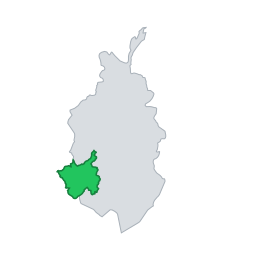 Hirat highlighted on a map of Afghanistan, rotated 310°
{"feature_id": "AFG-1742", "entity_name": "Hirat", "entity_type": "Province", "adm_level": 1, "iso_a3": "AFG", "parent_name": "Afghanistan", "parent_adm1": "", "projection": "natural_earth1", "projection_center": [62.522, 34.206], "detail": "fine", "context": "in_parent", "style": "filled", "palette": "green", "viewbox_px": 256, "rotation_deg": 310, "n_neighbors": 0, "source": "natural_earth", "source_scale": "10m", "svg_char_len": 8123}
<svg xmlns="http://www.w3.org/2000/svg" viewBox="0 0 256 256"><g transform="rotate(310 128 128)"><path d="M113.2,75.5L117.5,75.1L120.5,75.7L122.1,77.2L123.6,77.6L125.1,76.8L126.1,76.7L126.4,77.2L127.2,77.4L128.3,77.3L129.0,77.7L129.1,78.6L130.0,79.8L131.5,81.2L132.9,81.6L134.7,80.5L135.3,80.6L135.6,80.2L135.7,79.4L136.8,78.7L138.7,78.0L139.8,77.4L140.2,76.8L140.9,76.7L141.6,76.8L142.1,76.6L142.5,75.9L143.2,75.7L143.8,75.8L146.5,78.4L147.6,79.1L148.1,79.0L149.4,77.6L149.6,76.3L149.1,74.7L149.4,73.3L150.2,72.3L151.9,71.7L154.3,71.5L155.7,71.6L156.3,72.1L157.0,72.4L157.9,72.5L158.8,71.9L159.5,70.6L159.5,69.1L158.8,67.2L159.0,66.7L160.2,65.7L161.4,64.3L162.6,62.6L163.7,60.4L165.2,59.0L166.9,58.5L169.0,59.1L171.6,60.8L172.6,62.9L172.0,65.4L172.0,66.7L172.5,67.0L175.4,66.5L175.7,66.9L175.7,67.6L175.4,68.6L174.9,71.6L174.3,78.8L175.6,83.2L176.5,84.9L177.3,85.4L178.2,85.6L179.0,85.5L180.7,84.4L183.2,82.3L185.7,81.0L189.4,80.3L190.5,78.1L192.2,76.7L196.0,74.5L198.1,73.7L199.3,73.6L202.2,74.4L202.4,75.0L202.3,75.7L201.4,76.3L201.2,76.8L201.5,77.1L202.7,77.2L207.8,75.7L208.9,74.4L210.0,74.4L212.1,74.9L213.8,74.8L214.7,75.3L216.7,77.2L216.1,77.3L215.2,77.0L214.7,76.3L212.7,77.2L210.4,78.4L210.5,78.7L212.6,80.4L208.4,82.4L206.5,83.5L206.0,83.5L203.1,82.5L195.1,82.8L189.0,83.4L186.7,84.4L184.5,84.8L183.4,85.4L182.6,86.4L179.3,88.6L178.8,89.5L176.9,89.4L175.0,91.6L172.2,94.2L171.7,95.4L172.1,96.1L173.7,97.0L174.4,97.9L175.5,100.5L176.0,102.3L176.7,103.0L177.1,105.2L176.4,106.4L176.4,107.0L177.4,108.6L177.2,109.1L176.5,109.9L175.4,111.9L173.5,113.4L172.7,114.8L171.3,116.3L170.8,117.5L170.2,118.2L169.5,118.6L169.7,119.3L170.3,120.1L171.2,121.1L171.3,124.9L170.8,126.0L168.3,127.0L165.9,127.5L162.9,127.5L161.8,127.3L157.6,125.9L156.3,126.6L156.1,128.3L158.5,131.0L159.5,132.6L160.6,135.1L161.5,136.4L161.2,137.6L157.0,140.4L154.3,140.6L152.6,141.1L151.8,141.8L151.3,144.6L150.7,145.7L150.7,146.9L150.2,148.4L149.3,149.3L148.7,150.8L149.3,158.4L146.9,161.4L145.6,162.5L144.3,163.0L143.2,162.9L141.8,161.1L140.8,160.4L139.9,160.6L138.9,161.2L137.4,161.0L136.0,160.4L135.4,160.4L135.0,161.1L133.6,162.4L130.1,164.4L128.7,164.5L128.1,165.0L128.4,165.8L129.0,166.5L130.1,167.0L130.1,167.5L128.4,168.5L126.6,169.2L124.5,169.4L122.4,169.0L121.2,168.2L119.9,168.1L118.7,168.7L117.5,169.8L115.9,172.5L113.4,174.1L112.8,175.8L112.0,178.8L112.3,183.2L112.0,185.2L111.5,186.4L111.6,187.5L112.5,188.6L112.1,189.4L111.4,190.2L110.8,190.7L97.1,194.9L94.9,195.0L93.7,194.8L89.9,194.8L88.3,195.1L86.7,195.7L85.5,196.4L84.6,197.5L82.9,196.9L77.8,195.8L64.1,197.2L62.7,197.0L43.4,190.3L55.3,175.4L55.7,174.1L55.7,171.7L55.0,168.4L53.8,166.9L43.3,165.2L42.9,162.6L43.1,161.5L42.9,159.3L42.9,157.6L43.4,154.8L43.4,153.6L40.1,141.2L40.1,140.0L42.1,137.1L44.6,134.3L44.5,133.8L43.2,133.5L41.3,133.5L40.3,133.1L39.6,132.3L39.3,131.2L39.8,129.2L39.3,125.3L41.3,122.0L44.3,121.8L42.8,119.5L42.4,119.2L42.3,118.8L42.5,118.4L43.3,118.2L45.1,116.7L45.2,115.9L46.7,113.6L46.6,112.6L47.6,110.0L47.1,108.2L47.0,107.2L48.1,106.6L48.8,104.1L49.2,103.5L49.3,102.9L49.0,101.9L50.1,101.8L51.0,103.0L52.5,104.4L53.5,104.8L54.7,105.0L57.4,104.5L58.0,104.6L60.8,107.0L61.3,107.6L61.5,108.5L62.0,108.8L62.9,107.9L63.9,107.6L65.7,107.8L66.7,107.5L71.2,104.6L71.6,102.7L72.0,101.6L72.6,101.0L71.9,98.9L72.1,98.4L72.7,98.3L74.3,98.3L81.2,95.9L83.0,95.9L83.4,95.7L83.5,95.1L84.0,94.4L87.3,92.6L89.2,90.9L89.8,89.5L92.9,78.8L94.5,77.8L96.2,77.1L101.9,76.9L103.0,73.6L103.5,72.8L104.5,72.1L108.7,74.4L113.2,75.5Z" fill="#d9dde1" stroke="#a8b0b8" stroke-width="1"/><path d="M65.6,108.0L65.9,108.0L66.8,107.6L67.1,107.3L67.3,107.1L67.6,106.8L68.4,106.4L68.4,106.5L67.9,107.9L66.8,109.7L66.7,110.0L66.5,110.8L66.4,111.3L66.2,113.0L66.3,113.4L66.4,113.8L66.5,113.8L67.0,114.1L67.4,114.1L67.5,114.1L68.0,114.6L68.3,114.9L68.5,115.0L68.9,115.1L69.0,115.1L69.3,115.4L69.5,115.5L70.2,115.6L70.4,115.6L70.5,115.6L70.7,116.0L70.9,116.1L71.0,116.4L71.0,116.8L71.9,117.0L72.7,117.4L72.9,117.3L73.4,116.9L73.5,116.9L75.0,117.0L75.9,117.3L76.4,117.6L76.5,117.8L77.2,118.1L77.4,118.2L78.1,118.3L78.3,118.3L78.5,118.3L78.6,118.2L79.6,118.5L80.0,118.7L80.2,118.9L80.3,118.9L80.6,118.9L83.1,118.1L84.0,117.4L84.4,117.3L84.5,117.3L84.6,117.2L84.6,116.9L84.8,116.7L85.2,116.5L85.5,116.3L86.8,116.3L87.1,116.4L87.4,116.5L87.5,116.5L88.9,116.4L88.7,117.8L88.7,118.2L88.8,118.4L89.0,118.8L89.0,119.1L88.9,119.2L88.8,119.3L88.7,119.2L88.4,119.2L88.2,118.8L87.7,119.0L87.2,119.1L86.9,119.3L86.7,119.4L86.6,119.5L86.4,119.5L86.2,119.4L85.8,119.4L85.7,119.4L85.5,119.5L85.4,119.6L85.4,119.8L85.4,120.4L85.4,120.8L85.4,121.1L85.4,121.3L85.3,121.5L85.6,121.9L85.6,122.0L85.6,122.3L85.5,122.6L85.4,122.7L85.2,122.8L84.9,122.9L84.7,123.1L84.5,123.3L84.4,123.3L84.1,123.3L83.9,123.3L83.7,123.3L83.1,123.0L82.9,123.3L82.7,123.4L81.1,123.4L80.9,123.3L80.7,123.1L80.6,122.9L80.3,122.8L80.0,122.7L79.8,122.6L78.7,122.5L76.7,122.6L76.5,123.5L76.2,124.2L75.4,125.3L75.4,125.6L75.9,126.5L76.0,126.6L76.1,127.0L76.6,127.6L76.9,127.8L77.0,128.1L77.1,128.3L77.3,128.9L77.3,129.0L77.7,129.4L77.8,129.6L77.8,129.8L77.7,130.0L77.4,130.1L77.0,130.2L76.9,130.2L76.9,130.3L76.8,130.5L77.0,131.1L77.0,131.3L76.8,131.7L76.5,132.0L76.2,132.1L75.0,132.2L73.6,132.6L73.4,132.7L73.3,132.8L73.1,133.0L72.9,133.1L72.7,133.1L72.2,133.3L71.7,133.7L71.5,133.9L71.5,134.0L71.7,134.4L71.7,134.6L71.7,134.9L71.7,135.0L71.8,135.2L72.1,135.6L72.1,135.8L72.2,136.0L72.2,136.3L72.3,136.9L72.3,137.2L72.1,137.3L71.8,137.5L71.7,137.6L71.6,137.8L71.5,138.1L71.3,138.7L71.2,138.9L71.2,139.1L71.1,139.4L70.8,139.7L69.7,140.1L69.6,139.8L69.3,139.8L68.2,140.2L67.9,140.3L67.4,140.2L67.2,140.3L67.1,140.5L67.0,140.8L66.9,141.0L66.7,141.1L66.2,141.2L65.5,141.4L65.4,141.4L65.2,141.3L64.9,141.2L64.6,141.1L63.9,141.5L63.6,141.7L63.3,142.0L63.1,142.1L62.9,142.3L62.8,142.6L62.8,142.9L62.8,143.0L62.8,143.3L62.5,144.1L62.5,144.5L62.4,144.5L62.1,144.5L61.8,144.5L61.4,144.6L60.3,144.7L60.0,144.7L59.8,144.8L59.7,144.9L59.3,145.3L59.0,145.4L58.8,145.4L58.6,145.4L58.4,145.1L58.3,144.8L58.2,144.5L58.2,144.3L58.1,144.1L58.1,143.7L57.9,143.6L57.7,143.7L57.0,144.2L56.6,144.8L56.4,144.9L56.2,144.9L56.0,144.7L55.5,144.2L55.4,144.0L55.3,143.9L55.2,143.8L54.4,143.8L54.2,143.7L53.9,143.4L53.9,143.2L53.9,142.6L54.0,142.1L54.1,141.9L54.2,141.7L54.5,141.5L54.6,141.4L54.7,141.2L54.8,141.1L55.4,140.5L55.6,140.2L56.0,139.8L56.2,139.7L55.6,138.6L55.1,138.0L55.1,137.9L55.1,137.7L55.3,137.5L55.4,137.4L55.6,137.2L55.8,136.9L56.0,136.6L56.0,135.8L56.0,135.7L56.3,135.4L56.4,135.1L56.3,134.9L56.2,134.8L55.4,134.6L54.4,134.5L54.1,134.5L53.8,134.5L53.7,134.3L53.1,134.2L52.5,134.2L52.2,134.2L52.1,134.3L51.9,134.7L51.8,134.8L51.6,134.9L51.3,135.0L51.1,135.0L50.7,134.9L50.3,134.9L48.5,135.1L47.7,135.0L46.0,134.6L45.3,134.3L44.6,134.2L44.3,133.8L44.1,133.7L43.7,133.6L43.2,133.5L42.3,133.6L41.4,133.5L40.3,133.1L39.6,132.3L39.3,131.2L39.4,130.7L39.8,129.8L39.8,129.2L39.4,126.8L39.3,125.3L39.4,124.6L39.7,123.9L40.1,123.4L40.6,122.9L41.2,122.6L41.4,122.4L41.3,122.0L44.3,121.8L44.2,121.6L43.3,120.3L43.1,119.9L42.8,119.6L42.5,119.5L42.4,119.4L42.3,119.0L42.2,118.9L42.2,118.5L42.5,118.3L43.2,118.2L43.5,118.2L44.3,117.3L44.3,117.2L44.6,117.0L44.8,117.0L45.1,117.0L45.2,116.8L45.3,116.4L45.2,116.0L45.2,115.7L45.5,115.4L45.8,115.1L46.1,114.6L46.2,114.4L46.5,114.2L46.6,113.7L46.7,113.2L46.6,112.6L46.7,112.4L46.8,112.1L46.9,111.7L47.1,111.1L47.2,110.5L47.3,110.3L47.6,109.8L47.4,109.7L47.5,109.3L47.0,108.6L47.0,108.4L47.2,108.2L47.0,107.5L47.1,107.1L47.3,107.0L47.6,107.0L47.8,106.9L48.1,106.8L48.2,106.5L48.1,105.7L48.2,105.4L48.3,105.3L48.5,104.9L48.7,104.3L48.8,104.0L49.1,103.6L49.3,103.3L49.4,103.0L49.3,102.7L49.2,102.1L49.1,101.9L49.3,101.9L49.9,101.7L50.0,101.7L50.1,101.8L50.3,101.9L50.1,102.1L50.3,102.2L50.5,102.4L50.5,102.5L50.7,102.9L50.8,103.0L51.1,103.1L51.9,103.8L52.4,104.5L53.3,104.8L54.9,105.1L55.7,105.0L57.2,104.5L57.9,104.5L58.3,104.7L58.6,104.9L59.8,106.2L60.2,106.4L60.9,106.7L61.1,106.9L61.2,107.1L61.3,107.4L61.3,107.7L61.3,108.3L61.3,108.5L61.6,109.1L61.7,109.3L61.9,109.1L63.1,107.5L63.5,107.1L63.8,107.1L64.7,107.9L64.8,107.9L65.2,107.9L65.5,108.0L65.6,108.0Z" fill="#22c55e" stroke="#15803d" stroke-width="1.5"/></g></svg>